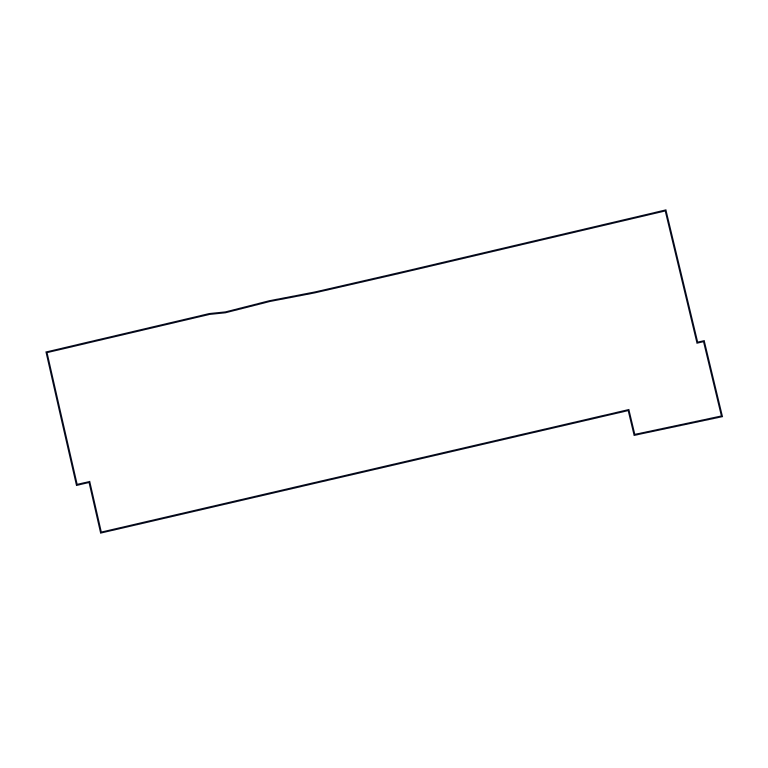 Pennington, Minnesota, United States of America (Natural Earth projection), rotated 347°
{"feature_id": "52423323B40299711092463", "entity_name": "Pennington", "entity_type": "district", "adm_level": 2, "iso_a3": "USA", "parent_name": "United States of America", "parent_adm1": "Minnesota", "projection": "natural_earth1", "projection_center": [-96.089, 48.054], "detail": "fine", "context": "isolated", "style": "outline", "palette": "ink", "viewbox_px": 768, "rotation_deg": 347, "n_neighbors": 0, "source": "geoboundaries", "source_scale": "gbopen_adm2", "svg_char_len": 364}
<svg xmlns="http://www.w3.org/2000/svg" viewBox="0 0 768 768"><g transform="rotate(347 384 384)"><path d="M62.3,277.2L62.1,335.5L62.0,413.2L74.9,413.2L74.8,465.1L616.4,464.4L616.6,489.9L706.0,491.5L705.3,414.2L698.6,414.2L697.4,278.2L425.8,279.3L337.0,279.2L291.4,277.5L245.5,278.5L229.6,276.5L62.3,277.2Z" fill="none" stroke="#020617" stroke-width="2"/></g></svg>